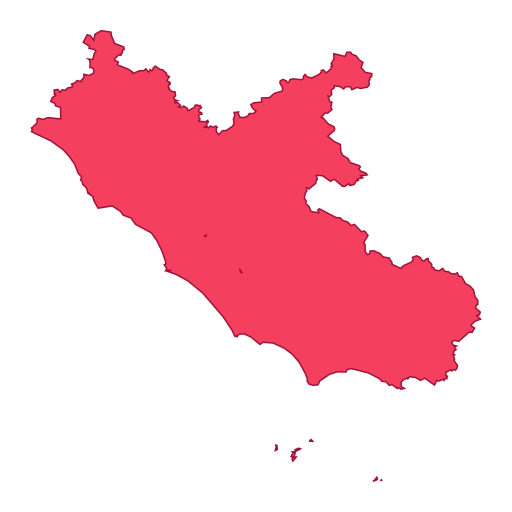 outline of Lazio, Roma, Italy
{"feature_id": "23120603B86473916475875", "entity_name": "Lazio", "entity_type": "district", "adm_level": 2, "iso_a3": "ITA", "parent_name": "Italy", "parent_adm1": "Roma", "projection": "natural_earth1", "projection_center": [12.727, 41.812], "detail": "fine", "context": "isolated", "style": "filled", "palette": "rose", "viewbox_px": 512, "rotation_deg": 0, "n_neighbors": 0, "source": "geoboundaries", "source_scale": "gbopen_adm2", "svg_char_len": 5924}
<svg xmlns="http://www.w3.org/2000/svg" viewBox="0 0 512 512"><path d="M32.3,129.4L31.5,131.7L51.1,141.0L63.1,149.7L68.5,155.5L74.7,164.2L78.3,173.5L81.6,177.0L80.6,179.9L82.3,181.9L82.6,184.2L86.5,188.1L87.8,192.2L90.4,194.4L87.2,192.6L93.3,196.9L92.9,198.3L94.6,201.2L93.8,200.7L98.1,208.2L112.2,205.9L120.6,211.4L123.2,215.2L131.0,218.0L135.4,224.3L151.4,232.9L157.0,240.9L162.2,251.6L165.8,262.3L165.5,264.4L164.3,264.7L166.8,268.8L165.5,270.7L171.4,270.2L167.6,271.4L176.3,274.5L188.1,281.0L202.7,293.0L223.1,316.7L232.4,330.8L234.5,335.8L235.2,336.4L237.9,336.8L236.5,335.9L239.9,334.1L244.1,333.9L250.9,337.0L260.1,344.5L262.9,342.3L273.1,343.0L284.3,348.2L292.5,354.4L299.4,362.6L305.4,373.7L307.4,379.0L307.1,381.1L309.2,384.2L313.2,385.3L318.0,384.8L319.7,381.0L329.5,374.3L337.5,371.8L346.8,372.0L346.1,371.8L346.2,371.4L347.8,369.2L351.8,368.7L368.4,372.9L379.3,378.6L381.9,381.4L386.0,381.7L389.2,385.4L392.0,384.6L397.4,388.6L398.6,387.6L400.9,389.2L404.4,388.5L401.2,386.5L401.2,382.0L403.8,379.5L406.9,378.3L407.4,378.8L408.8,378.4L407.4,378.1L409.9,376.7L415.5,377.5L420.5,380.4L424.8,378.2L434.5,385.1L436.8,380.5L438.7,381.1L443.4,379.3L444.0,380.5L445.4,378.5L447.0,378.6L446.5,376.4L448.1,376.4L445.7,375.6L446.1,372.2L450.6,369.9L451.8,371.0L453.1,369.6L455.5,370.1L456.7,368.7L457.6,365.6L453.9,360.3L454.6,359.1L453.4,355.6L454.6,354.8L453.0,354.3L454.4,350.7L456.1,349.6L454.2,347.0L456.4,346.0L453.1,345.1L451.6,342.3L454.1,340.4L458.9,341.2L469.1,332.1L472.0,332.4L474.6,328.1L471.1,325.8L472.0,324.0L474.9,321.3L480.6,319.1L476.7,315.7L479.4,314.9L480.3,312.1L475.5,307.9L476.5,304.9L477.8,304.5L477.8,300.4L475.1,297.0L473.5,289.9L469.9,286.0L465.6,283.7L461.5,276.4L458.9,276.3L457.3,272.8L454.7,274.1L450.5,273.4L448.9,271.9L444.8,271.3L442.7,268.4L439.0,270.9L434.2,269.6L434.0,268.1L431.8,267.0L431.7,264.2L428.5,260.9L428.3,258.6L426.2,258.9L424.2,261.1L421.9,260.2L420.2,257.4L416.6,255.8L412.4,257.4L413.2,260.1L411.0,262.3L403.3,265.7L400.9,268.4L391.9,264.3L392.1,262.8L389.2,258.0L383.0,256.9L380.2,253.6L373.8,250.8L370.2,250.9L369.4,254.0L367.5,254.6L365.2,251.7L365.1,244.5L363.4,243.1L368.0,235.5L364.6,231.0L361.3,231.6L354.4,224.4L351.1,225.5L347.6,221.9L343.0,220.6L340.4,218.0L335.8,217.4L319.4,208.8L317.9,209.7L318.7,212.7L312.4,211.8L310.6,210.9L309.2,206.7L305.7,203.5L306.2,200.9L304.3,198.1L305.3,193.1L306.8,191.0L306.4,187.7L308.9,189.0L315.8,183.3L316.0,180.6L317.4,179.4L316.3,175.4L322.5,175.7L330.6,181.4L332.9,179.6L335.0,179.8L342.4,186.2L344.4,186.5L349.0,183.7L349.9,185.5L354.1,184.5L356.3,180.8L358.3,180.5L357.3,179.1L362.8,177.8L360.6,175.7L367.2,174.9L365.9,173.2L360.3,170.8L358.8,168.8L360.4,166.8L359.4,165.7L350.1,162.5L348.2,158.8L342.7,155.3L340.8,151.5L340.4,144.5L334.3,141.6L327.7,136.2L333.9,130.9L334.8,129.2L333.9,126.7L328.0,123.7L323.1,118.0L321.2,117.2L325.0,113.0L327.8,113.1L332.0,109.4L330.8,108.2L331.9,102.1L329.9,101.9L328.0,96.1L329.6,96.6L331.7,94.5L331.2,90.1L334.4,87.8L334.2,85.7L340.3,86.7L343.7,89.0L345.4,86.8L350.2,86.8L351.9,89.7L357.1,87.4L360.5,88.5L367.3,87.1L369.4,84.9L368.7,81.1L369.9,79.7L369.5,78.3L371.6,76.6L371.8,73.6L365.2,72.3L361.1,67.5L363.0,62.4L359.3,60.0L356.1,55.8L352.0,54.3L350.6,52.2L346.8,52.3L345.0,56.4L333.8,53.7L334.0,58.9L331.0,63.9L332.5,65.6L331.0,66.6L331.1,68.7L326.2,72.9L323.3,69.9L321.2,70.5L321.4,72.0L319.2,74.3L311.9,77.9L307.1,76.9L305.1,74.4L303.4,76.3L303.4,78.6L301.7,79.7L292.7,78.8L290.0,79.6L288.8,82.4L286.8,82.3L286.4,80.9L282.9,79.4L280.2,80.9L279.9,83.0L282.6,87.9L282.3,91.0L274.5,93.3L269.3,97.7L261.5,98.0L261.6,102.0L253.6,102.9L250.8,104.7L252.4,108.1L256.0,111.3L253.1,113.6L249.3,113.5L247.8,116.0L244.4,117.5L240.0,117.3L238.3,113.8L238.6,111.9L234.0,112.5L234.8,115.4L233.4,119.0L234.0,123.6L232.5,126.3L226.2,130.5L222.5,130.7L218.6,134.7L216.3,131.3L216.3,128.1L217.2,127.4L216.0,126.0L212.6,127.4L210.6,125.9L208.2,127.9L207.5,126.9L205.6,127.6L204.4,127.1L206.8,125.9L206.9,123.0L208.4,122.3L207.7,120.4L205.4,121.8L199.0,121.2L200.0,118.8L198.6,116.9L199.0,114.7L202.0,114.1L201.5,112.5L198.8,112.0L198.9,109.5L201.5,107.8L200.0,105.4L199.1,106.3L197.3,104.9L195.0,105.3L194.5,107.3L188.2,110.7L187.1,108.2L183.7,106.0L181.8,107.5L177.6,106.7L179.8,106.8L180.6,105.5L177.6,102.6L174.9,102.9L175.0,101.4L177.6,100.7L174.9,99.7L173.5,97.6L175.6,95.8L175.0,91.8L172.7,91.8L168.7,89.1L169.3,88.2L168.2,86.6L169.5,84.7L169.1,83.6L170.2,83.7L170.0,82.4L166.9,80.6L169.4,76.6L166.4,75.2L166.7,73.5L162.7,69.8L160.2,69.4L155.2,66.1L153.1,68.2L152.8,70.0L151.7,70.7L150.2,69.5L148.8,72.2L145.8,68.8L143.7,70.8L140.1,70.6L132.5,73.5L132.4,71.9L128.5,69.3L117.1,64.7L118.4,62.0L114.5,60.2L115.2,58.3L118.5,55.1L120.9,55.2L120.6,53.9L121.9,53.6L122.8,50.3L124.2,49.4L123.8,47.0L114.7,43.4L111.4,35.6L111.0,32.1L101.2,30.7L95.0,34.2L93.8,40.3L90.3,35.6L87.2,34.8L83.2,42.3L89.6,46.4L89.0,48.4L94.2,49.4L96.0,51.1L94.2,53.7L92.8,59.5L88.3,59.0L89.5,59.9L90.2,63.5L89.8,67.4L92.6,68.0L94.0,70.0L93.3,73.4L89.2,75.4L83.8,74.3L84.1,77.4L81.2,80.4L81.4,81.5L77.0,80.6L75.1,82.8L71.5,84.1L72.6,86.2L71.9,87.1L67.6,88.0L65.2,90.4L62.1,89.7L60.1,92.4L57.8,89.4L54.1,90.0L54.4,93.2L55.3,93.8L54.4,94.5L55.7,95.6L52.3,97.5L50.7,101.4L54.9,103.4L55.5,105.9L60.5,107.4L60.7,118.9L47.9,117.6L43.1,119.4L38.3,118.2L36.9,119.4L37.1,122.4L36.1,123.9L31.4,128.1L32.3,129.4ZM206.0,236.4L204.9,236.3L204.5,236.0L206.2,234.8L206.0,236.4ZM241.2,272.8L239.8,270.1L239.9,269.6L242.0,272.5L241.2,272.8ZM298.7,448.2L295.2,449.6L296.0,450.3L294.5,451.7L292.3,451.8L293.0,452.6L291.1,456.6L293.3,457.1L292.0,458.9L292.9,461.1L296.3,457.0L294.1,456.8L295.6,451.3L300.5,448.9L298.7,448.2ZM376.8,477.2L374.4,480.4L372.8,481.3L376.5,480.0L377.5,478.9L376.8,477.2ZM275.8,445.1L276.2,447.0L275.3,450.5L277.3,449.5L277.0,445.5L275.8,445.1ZM311.3,439.6L309.7,440.5L309.7,441.2L312.7,441.3L311.3,439.6ZM381.4,479.8L380.4,480.7L381.7,480.3L381.4,479.8Z" fill="#f43f5e" stroke="#9f1239" stroke-width="1.5"/></svg>